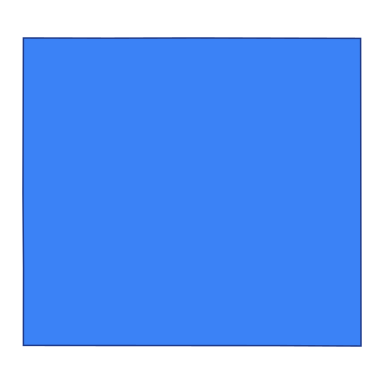 Story, Iowa, United States of America
{"feature_id": "52423323B9996743812881", "entity_name": "Story", "entity_type": "district", "adm_level": 2, "iso_a3": "USA", "parent_name": "United States of America", "parent_adm1": "Iowa", "projection": "robinson", "projection_center": [-93.545, 42.036], "detail": "fine", "context": "isolated", "style": "filled", "palette": "blue", "viewbox_px": 384, "rotation_deg": 0, "n_neighbors": 0, "source": "geoboundaries", "source_scale": "gbopen_adm2", "svg_char_len": 277}
<svg xmlns="http://www.w3.org/2000/svg" viewBox="0 0 384 384"><path d="M193.5,38.0L107.7,38.2L23.4,38.0L23.0,193.3L23.5,268.0L23.4,327.6L23.4,345.4L30.7,345.4L108.3,345.5L276.9,345.6L361.0,346.0L360.6,38.4L193.5,38.0Z" fill="#3b82f6" stroke="#1e3a8a" stroke-width="1.5"/></svg>